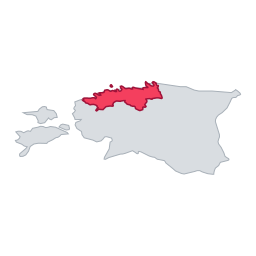 where Harju sits in Estonia
{"feature_id": "EST-1654", "entity_name": "Harju", "entity_type": "County", "adm_level": 1, "iso_a3": "EST", "parent_name": "Estonia", "parent_adm1": "", "projection": "equal_earth", "projection_center": [24.879, 59.328], "detail": "fine", "context": "in_parent", "style": "filled", "palette": "rose", "viewbox_px": 256, "rotation_deg": 0, "n_neighbors": 0, "source": "natural_earth", "source_scale": "10m", "svg_char_len": 5565}
<svg xmlns="http://www.w3.org/2000/svg" viewBox="0 0 256 256"><path d="M213.8,174.2L212.9,174.3L207.8,173.7L202.2,171.9L199.7,170.6L197.3,170.6L194.5,171.5L184.1,174.0L181.5,173.5L175.6,171.0L172.5,168.3L165.8,162.9L165.2,161.6L164.3,160.6L157.2,159.2L154.6,157.3L152.4,157.0L149.2,156.0L140.8,151.8L138.7,151.4L138.2,152.1L138.4,153.1L137.8,153.7L136.8,153.6L134.8,152.1L132.5,150.7L125.3,153.3L122.7,154.0L120.4,154.1L109.0,157.5L105.5,159.3L104.1,159.1L104.4,157.4L109.2,148.9L110.1,142.1L111.8,141.2L112.3,140.2L111.6,138.1L106.7,136.7L104.7,136.9L102.9,139.2L101.0,140.9L96.7,141.9L92.9,140.1L84.2,137.8L82.0,134.7L81.5,131.5L76.9,128.5L75.1,124.9L75.9,122.4L80.1,120.8L81.3,119.4L76.0,119.6L74.9,119.3L74.7,118.0L72.4,113.7L74.5,111.9L75.4,110.3L73.8,108.9L74.2,107.3L75.5,105.7L74.8,101.9L80.0,99.9L85.1,98.5L95.8,97.8L94.8,94.4L99.1,94.2L106.4,90.1L113.7,90.8L124.1,88.0L144.2,88.0L147.0,86.4L146.5,84.8L146.5,83.1L150.3,83.5L156.6,83.2L180.4,86.7L186.2,86.7L194.3,90.1L198.7,91.0L211.6,91.0L231.4,92.6L235.2,90.2L235.6,89.6L237.5,90.9L240.0,93.1L240.6,94.3L239.8,95.0L237.5,95.6L237.0,96.3L235.9,97.4L233.1,97.6L231.7,98.4L230.1,102.0L227.0,108.0L222.2,112.6L218.4,115.1L216.7,117.1L215.6,119.4L215.4,121.7L219.4,134.6L219.5,136.9L218.6,139.3L218.0,141.7L218.6,143.9L221.2,147.5L223.9,152.9L225.0,156.3L226.8,157.6L228.5,158.6L228.9,159.1L228.9,159.8L228.0,160.4L220.4,162.3L219.5,163.8L218.7,165.5L215.4,168.1L214.4,170.5L213.8,173.2L213.8,174.2ZM43.1,126.5L45.6,127.6L47.9,127.3L50.3,126.5L55.5,127.2L67.2,132.5L68.3,133.9L61.2,134.5L59.6,136.2L57.9,137.3L55.9,137.7L52.4,139.9L47.8,142.1L46.8,143.4L38.5,143.2L33.9,144.0L30.2,146.5L28.5,151.2L25.8,154.9L23.0,156.3L20.1,156.5L19.5,155.1L19.8,153.7L25.9,148.5L27.2,146.8L24.2,146.0L21.8,144.2L16.3,142.1L15.4,140.4L16.7,140.2L17.9,139.7L19.4,138.3L20.1,136.7L15.8,131.9L18.1,131.2L20.9,131.3L23.7,132.7L26.9,131.1L28.2,130.8L30.4,131.4L32.6,128.3L37.9,127.2L40.5,126.3L43.1,126.5ZM54.2,117.7L51.2,119.8L49.5,119.0L48.6,117.9L44.7,122.7L40.4,123.6L37.9,122.6L38.2,120.8L35.9,116.1L32.2,114.7L27.0,114.6L23.2,112.7L37.8,111.4L39.3,109.1L42.3,106.8L44.6,106.5L46.4,107.1L46.8,108.9L47.2,109.6L53.8,110.6L56.3,113.7L57.2,117.4L54.2,117.7ZM69.1,129.6L66.1,130.0L59.0,127.0L60.7,124.9L62.7,124.1L68.7,125.4L69.5,128.5L69.1,129.6Z" fill="#d9dde1" stroke="#a8b0b8" stroke-width="1"/><path d="M82.8,100.4L83.2,100.4L83.6,100.0L83.7,99.6L83.4,99.2L83.0,98.9L83.4,98.4L84.2,98.1L87.3,98.1L88.9,98.3L90.5,98.3L92.4,97.8L94.2,97.7L95.7,98.7L96.4,97.7L96.1,96.9L93.9,95.0L93.6,94.6L93.7,94.1L94.1,93.7L94.6,93.4L95.1,93.3L95.7,93.4L96.7,93.8L98.7,95.1L99.8,95.4L100.8,95.1L100.5,94.4L99.5,93.6L98.7,93.1L99.4,92.8L102.5,92.7L103.8,92.4L104.2,91.9L104.6,90.5L104.8,90.2L107.1,89.8L107.9,89.9L108.6,90.2L109.9,91.1L110.6,91.3L111.3,91.1L111.8,90.8L112.4,90.5L113.1,90.6L115.1,91.5L115.7,91.6L116.4,91.5L116.2,91.1L115.7,90.7L115.0,90.5L115.0,90.2L115.9,90.3L116.3,90.1L116.5,89.7L116.6,89.3L116.9,89.1L117.3,89.2L117.7,89.3L118.3,90.0L118.8,90.7L119.4,91.2L120.4,91.1L120.8,90.9L121.0,90.7L121.8,89.6L121.9,89.4L121.6,88.7L121.4,88.5L121.0,88.3L120.8,88.1L120.6,87.7L120.6,87.3L120.6,87.0L120.5,86.7L120.4,86.4L121.5,86.0L122.8,86.6L125.2,88.5L126.1,88.6L128.9,88.2L129.7,88.3L131.2,88.9L131.9,89.0L132.6,88.8L132.3,87.7L132.8,87.3L133.6,87.3L135.4,88.0L143.0,89.3L142.8,88.3L143.2,87.8L144.1,87.6L147.4,87.6L147.8,87.5L147.8,87.2L147.5,86.9L147.1,86.7L146.1,85.9L145.6,84.2L145.4,82.5L145.7,81.8L146.3,82.1L147.5,83.5L148.1,83.8L148.9,84.0L149.5,84.5L150.6,85.5L151.4,85.9L152.5,86.1L153.5,86.0L154.0,85.2L153.7,84.5L153.2,84.0L152.8,83.5L153.0,82.6L152.8,82.6L152.4,82.4L153.1,81.7L154.2,81.9L156.2,83.2L155.9,83.5L156.4,84.1L156.7,85.1L157.1,85.5L157.8,85.8L158.2,85.7L158.2,85.9L158.2,86.9L158.0,87.1L157.4,87.6L157.4,87.8L157.4,88.0L157.8,88.5L158.4,89.1L158.6,90.8L158.7,91.0L159.0,91.4L160.1,91.9L160.2,92.1L160.3,92.4L160.2,92.7L160.4,93.2L160.4,93.6L160.5,94.0L160.8,94.4L161.1,94.8L161.4,95.3L162.1,97.5L162.1,98.1L161.5,98.5L158.7,97.9L156.9,97.8L152.2,98.6L152.2,99.1L151.9,99.2L151.6,99.2L151.0,99.1L149.6,98.6L147.1,98.8L145.9,99.0L145.9,99.4L146.3,99.8L146.7,100.3L146.9,101.2L146.8,101.8L146.5,102.4L145.8,103.1L144.8,104.6L145.4,105.7L145.5,105.9L146.0,106.2L146.0,106.6L145.8,106.8L145.5,107.0L145.1,107.2L144.6,107.2L144.0,107.1L143.2,107.0L142.8,107.3L142.7,107.6L142.9,108.5L142.7,109.6L139.9,110.6L138.5,110.1L137.3,109.5L136.2,109.0L135.7,108.7L135.5,108.4L135.4,108.1L135.4,107.8L135.3,107.5L135.2,107.3L135.1,106.8L134.5,106.4L134.1,106.2L133.7,106.2L133.5,106.3L132.7,106.3L130.6,105.6L130.1,104.9L127.8,104.4L126.9,104.0L126.7,103.8L126.4,103.4L125.8,102.8L125.1,102.4L124.9,102.0L124.8,101.6L125.0,100.6L123.7,100.6L121.3,101.0L120.8,101.1L120.5,101.3L116.5,101.0L115.3,101.5L114.8,101.9L114.1,102.3L113.8,102.5L113.3,103.1L113.1,104.0L112.6,104.5L112.9,105.0L113.2,105.3L113.2,105.5L113.0,106.1L112.6,106.2L110.0,106.0L108.1,106.3L106.1,106.6L105.8,106.8L103.9,108.7L103.1,109.6L100.7,109.5L99.6,109.3L98.8,109.3L98.3,109.4L98.0,109.6L97.9,109.8L97.8,110.1L97.5,110.4L96.5,110.9L96.1,110.6L95.9,110.4L96.0,110.2L96.1,109.8L96.3,109.5L96.5,109.2L97.9,107.9L98.1,107.8L98.1,107.6L97.9,107.5L97.5,107.2L97.1,106.9L97.0,106.5L97.1,106.2L97.0,105.9L96.9,105.7L95.4,104.9L93.6,104.4L91.7,104.5L90.7,104.7L90.4,104.8L89.5,104.6L88.3,103.7L87.8,103.4L87.0,103.2L85.9,103.0L85.5,102.7L84.9,101.8L84.5,101.4L83.4,101.0L82.8,100.4L82.8,100.4ZM111.3,84.8L111.8,85.4L112.5,86.5L112.2,86.9L111.3,87.1L110.3,86.4L110.2,85.6L110.7,84.9L111.3,84.8Z" fill="#f43f5e" stroke="#9f1239" stroke-width="1.5"/></svg>